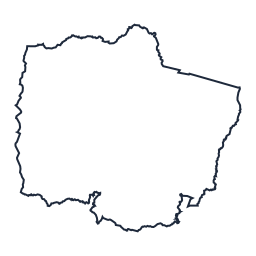 outline of Trancas, Tucumán, Argentina
{"feature_id": "61730980B98032525509739", "entity_name": "Trancas", "entity_type": "district", "adm_level": 2, "iso_a3": "ARG", "parent_name": "Argentina", "parent_adm1": "Tucumán", "projection": "orthographic", "projection_center": [-65.459, -26.341], "detail": "fine", "context": "isolated", "style": "outline", "palette": "slate", "viewbox_px": 256, "rotation_deg": 0, "n_neighbors": 0, "source": "geoboundaries", "source_scale": "gbopen_adm2", "svg_char_len": 5740}
<svg xmlns="http://www.w3.org/2000/svg" viewBox="0 0 256 256"><path d="M240.1,105.2L237.5,100.1L237.5,97.5L238.4,92.5L239.9,88.9L239.6,87.4L238.0,87.6L189.4,73.7L188.9,74.5L178.3,72.6L179.8,70.2L163.2,66.2L161.8,64.1L161.6,62.8L162.6,61.2L162.5,60.2L160.7,59.4L160.6,58.2L161.3,57.2L159.0,55.6L158.8,55.0L159.7,53.9L159.6,53.4L158.2,51.7L158.4,50.3L157.1,50.0L156.9,49.5L156.9,46.9L158.2,45.0L158.3,44.1L155.8,37.8L154.0,36.4L154.1,35.7L155.2,35.1L155.6,34.3L155.3,33.2L154.6,32.8L154.0,32.9L152.1,34.3L150.9,33.1L149.5,33.5L148.6,32.7L146.9,29.0L144.0,27.4L143.3,27.5L143.1,28.2L142.7,28.3L139.9,26.6L139.2,25.4L135.3,25.1L134.6,24.7L132.3,26.2L131.9,27.5L131.4,28.0L129.9,27.0L129.2,27.1L129.4,28.4L127.8,29.2L128.1,30.5L127.5,31.0L125.7,34.5L123.5,35.8L122.0,35.5L120.7,37.1L119.2,37.2L118.7,38.3L117.2,39.6L116.5,41.4L113.7,43.2L109.7,43.5L108.5,42.7L108.6,41.5L105.2,41.9L102.6,41.0L103.0,39.1L102.0,37.9L101.0,37.8L100.4,36.7L99.1,36.5L97.7,37.9L96.2,38.2L95.4,37.3L92.9,37.5L92.4,36.6L91.9,36.9L91.0,36.4L87.5,36.2L85.0,37.5L83.6,37.4L81.9,38.2L81.7,37.6L80.9,38.1L79.7,37.4L78.6,37.5L78.5,36.7L77.7,37.1L76.4,36.4L75.3,36.5L73.2,35.3L72.7,35.7L72.1,35.4L71.2,36.8L69.9,37.6L68.6,37.5L68.0,38.4L66.3,38.9L66.1,40.0L62.1,42.4L61.9,43.3L61.1,43.7L60.4,45.2L57.6,44.8L55.7,47.4L53.7,47.7L51.8,48.5L48.4,48.1L46.4,48.4L44.7,47.1L44.2,45.9L43.3,45.2L43.1,43.9L41.3,44.9L39.7,44.7L38.7,45.2L38.1,44.7L37.7,45.5L35.1,46.3L27.2,46.2L26.9,49.5L25.4,52.8L25.0,54.8L24.1,55.9L24.2,57.9L23.5,60.5L23.6,61.1L26.0,63.5L24.9,65.4L25.4,67.1L25.1,71.3L22.5,72.9L22.2,77.1L20.4,79.0L20.1,79.8L20.3,82.6L19.8,84.3L21.4,84.7L22.4,85.7L22.9,87.8L22.6,91.1L22.2,92.2L21.0,93.4L19.5,95.9L20.5,96.8L20.9,97.8L18.6,100.7L17.1,104.4L15.7,105.3L20.0,109.5L21.2,111.5L21.1,112.6L16.5,116.2L16.1,117.6L16.1,118.2L16.9,118.5L19.6,123.4L20.1,127.2L19.6,129.1L18.5,130.4L18.1,131.9L17.3,132.2L20.0,133.6L17.0,141.8L15.6,143.4L15.4,144.7L15.6,146.2L19.1,153.1L17.0,157.8L17.2,159.2L20.2,166.2L20.5,168.9L20.0,172.4L21.2,174.4L22.0,177.0L23.8,179.8L23.3,183.3L22.8,184.4L23.1,187.2L21.7,189.0L20.8,192.2L23.0,193.7L23.7,193.7L24.6,194.5L25.5,194.4L28.2,195.8L28.5,195.2L29.6,195.0L30.0,195.3L31.2,194.3L31.6,194.6L31.3,194.8L31.6,195.2L33.2,195.4L33.9,194.7L35.5,195.2L37.6,194.4L39.7,194.9L41.7,196.4L41.6,197.6L42.5,199.0L44.2,199.2L45.3,200.9L46.0,201.1L46.8,203.3L47.7,204.4L47.7,205.8L49.3,206.1L50.7,205.0L51.4,203.4L53.1,203.4L53.8,202.9L56.7,202.2L58.5,202.7L59.1,203.7L59.6,203.8L60.4,202.8L62.2,202.4L62.7,201.4L64.3,201.1L65.5,199.8L67.6,198.8L69.5,198.6L70.8,199.6L71.9,198.9L72.6,199.5L72.5,200.0L73.3,199.8L73.6,200.1L74.8,199.3L75.9,200.2L78.0,199.8L79.5,201.1L80.1,201.1L80.3,201.8L82.6,201.2L83.1,201.8L83.0,202.3L83.9,202.3L84.2,202.8L84.9,202.8L85.2,203.4L86.3,202.2L87.7,202.8L88.2,203.4L88.8,203.1L89.2,201.8L88.9,200.8L89.0,199.9L90.1,197.3L89.8,195.2L90.0,194.8L91.9,194.7L92.4,195.1L92.8,194.9L93.2,195.7L93.5,195.0L92.7,194.1L93.9,194.6L93.5,193.5L94.0,193.2L93.9,192.6L94.6,191.9L96.1,192.3L96.5,191.9L97.6,192.8L98.4,192.9L98.7,193.4L100.2,192.9L100.2,193.5L99.2,193.9L99.9,194.5L99.8,194.8L98.0,195.4L94.3,199.7L94.3,202.7L93.1,203.2L93.0,204.4L94.4,204.9L95.0,205.8L94.1,205.9L93.7,206.8L92.5,207.2L90.4,210.1L90.6,210.7L92.1,211.7L92.3,212.2L93.8,212.6L95.8,214.8L96.9,217.8L97.3,220.5L96.6,221.8L97.8,223.6L98.6,223.3L99.1,221.8L100.7,220.8L101.9,218.8L102.5,216.9L103.2,218.0L107.3,219.7L108.3,219.9L109.9,219.5L111.0,220.0L114.9,222.7L115.5,223.4L115.8,225.0L120.4,225.8L120.9,226.7L124.1,229.6L125.2,229.7L126.8,230.7L127.2,230.6L127.2,229.8L127.8,229.1L128.4,229.0L131.2,230.2L132.0,229.8L137.7,231.3L138.7,230.0L139.8,229.8L141.0,228.6L141.6,227.4L142.5,226.6L143.3,226.8L144.4,226.2L146.2,226.7L147.5,225.9L149.1,226.5L150.1,226.1L151.7,226.9L153.5,227.0L155.1,226.1L157.5,224.1L160.5,223.3L162.0,224.1L162.6,225.2L164.3,225.2L166.8,226.4L167.6,225.8L169.8,225.7L170.6,225.0L172.2,224.3L172.3,223.6L173.5,223.4L174.7,221.5L176.5,222.1L176.4,221.8L177.3,223.2L178.4,222.9L179.0,221.9L178.2,221.7L178.6,221.4L177.9,220.8L178.2,220.7L177.9,219.9L177.3,219.9L177.7,219.3L177.4,218.9L176.1,218.8L176.8,218.4L176.3,218.0L176.8,217.8L176.6,216.8L176.9,216.4L176.6,215.6L176.0,215.8L175.9,215.4L176.3,214.1L176.7,214.0L177.5,214.7L177.7,213.9L179.4,213.1L179.5,212.4L180.1,212.0L179.7,212.0L179.6,210.5L179.9,210.4L179.7,209.8L177.8,207.6L178.0,206.4L179.9,204.6L180.1,203.8L179.5,202.0L179.9,201.7L180.7,202.1L181.6,201.2L182.1,200.1L181.6,196.3L180.3,195.4L180.2,194.5L181.2,194.0L182.7,195.8L187.2,196.0L192.5,198.1L190.5,199.2L187.9,206.5L189.9,205.6L197.7,205.6L197.4,204.0L198.6,203.1L198.6,202.2L199.3,201.4L199.9,198.7L200.5,197.7L201.7,197.2L201.5,196.6L202.1,195.0L203.9,194.4L204.0,193.7L204.4,193.7L204.1,190.7L205.6,190.2L206.4,188.9L209.7,190.4L210.9,189.6L211.7,190.2L212.4,189.5L212.9,189.8L215.0,189.2L215.3,188.6L215.2,187.6L214.7,187.7L215.8,184.4L215.0,184.0L214.7,183.2L213.7,182.5L213.6,180.6L214.1,179.3L214.8,179.1L214.3,176.8L215.1,175.8L215.8,176.0L215.5,175.3L215.9,174.9L215.7,173.6L216.8,171.8L216.2,171.3L216.2,170.9L216.8,170.6L216.0,169.1L216.4,168.9L216.4,168.1L216.1,166.4L216.6,166.2L216.5,165.6L217.2,164.5L216.4,161.2L217.7,159.8L217.5,158.5L218.6,156.9L219.0,155.3L218.6,153.7L219.1,152.3L218.9,149.9L219.3,149.3L219.8,149.5L220.5,149.0L220.7,148.2L221.8,148.0L222.9,146.6L223.2,145.0L222.9,142.4L223.8,141.3L223.7,140.1L224.2,139.4L225.3,139.6L225.8,137.9L226.2,138.1L226.6,135.9L229.5,134.1L230.7,129.2L230.4,128.3L231.0,127.8L231.6,127.9L232.8,125.8L233.9,125.9L234.6,124.8L235.9,124.3L235.5,123.1L238.0,120.5L238.2,120.0L237.5,119.6L238.1,116.6L239.0,114.6L238.9,113.9L240.3,112.1L240.2,110.8L239.7,110.4L240.6,109.2L240.2,108.4L240.1,105.2Z" fill="none" stroke="#1e293b" stroke-width="2"/></svg>